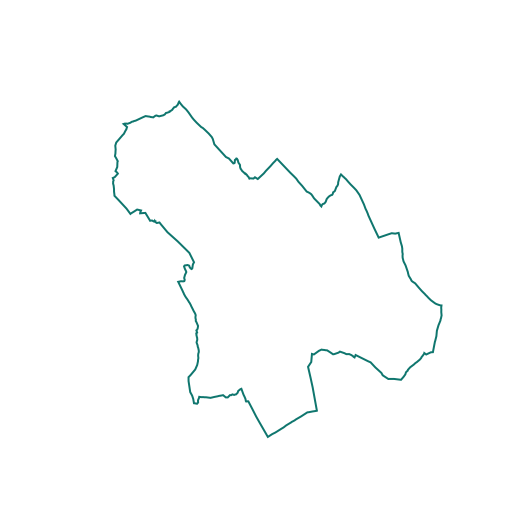 "Evje og Hornnes" nor, Aust-Agder, Norway (Robinson projection), rotated 237°
{"feature_id": "86288312B17252919876128", "entity_name": "\"Evje og Hornnes\" nor", "entity_type": "district", "adm_level": 2, "iso_a3": "NOR", "parent_name": "Norway", "parent_adm1": "Aust-Agder", "projection": "robinson", "projection_center": [7.751, 58.587], "detail": "fine", "context": "isolated", "style": "outline", "palette": "teal", "viewbox_px": 512, "rotation_deg": 237, "n_neighbors": 0, "source": "geoboundaries", "source_scale": "gbopen_adm2", "svg_char_len": 6087}
<svg xmlns="http://www.w3.org/2000/svg" viewBox="0 0 512 512"><g transform="rotate(237 256 256)"><path d="M355.4,284.7L372.3,281.9L377.7,283.5L379.8,283.7L384.7,283.0L385.9,282.7L389.8,281.8L392.4,281.1L393.9,280.3L394.7,280.1L400.2,278.8L404.8,278.0L405.3,278.0L406.8,277.8L413.2,277.6L416.3,277.3L417.5,277.1L421.3,276.1L424.8,275.7L427.3,275.6L427.1,275.1L425.5,272.8L425.1,271.1L424.8,270.3L425.3,268.2L425.2,268.0L424.9,267.2L424.8,266.5L424.4,265.9L424.2,265.2L424.2,264.0L424.1,262.7L424.3,262.4L424.0,262.2L424.0,261.7L424.5,259.7L425.0,258.4L424.4,256.6L424.5,254.9L424.8,254.0L425.9,250.8L428.1,249.0L428.4,248.0L428.3,246.0L428.2,245.4L430.0,243.3L430.7,242.8L431.9,241.4L433.5,239.6L434.0,236.5L435.0,229.1L435.2,228.3L435.6,227.3L435.7,226.2L436.1,225.4L436.2,224.6L436.2,223.1L436.3,222.6L436.9,220.2L437.6,219.5L438.5,218.1L438.8,216.9L434.4,218.1L433.3,216.7L432.8,216.2L432.5,215.5L432.3,215.0L430.4,211.7L430.2,210.7L429.9,209.5L429.6,208.5L427.3,200.6L425.2,198.1L421.6,196.2L421.0,195.7L419.2,194.4L418.5,193.9L416.6,192.1L414.0,192.0L410.8,191.7L410.6,191.3L409.9,190.7L406.2,188.1L403.7,184.4L401.6,185.0L400.3,185.0L399.2,180.9L399.1,180.4L399.4,178.4L397.0,177.8L396.2,176.7L395.4,176.2L394.6,175.6L392.7,175.0L389.5,173.4L387.3,172.0L384.4,170.6L383.6,170.1L378.4,171.1L366.3,173.2L359.7,173.6L359.8,174.3L359.7,178.3L359.7,181.6L356.8,184.4L355.8,182.9L354.9,182.1L352.4,186.7L343.2,186.4L343.1,186.9L342.3,188.2L341.5,188.7L341.3,188.7L340.5,189.4L340.1,189.7L340.5,190.2L340.4,190.2L340.1,190.4L339.9,190.1L339.8,190.3L339.6,190.1L339.4,190.1L339.1,190.2L338.8,190.3L337.7,190.8L336.7,193.3L334.3,193.5L324.2,194.7L310.9,198.3L294.9,201.8L284.5,200.6L283.5,198.8L283.0,198.2L280.3,195.8L280.2,195.6L280.2,194.8L281.3,194.4L282.7,194.3L284.3,194.7L285.7,193.7L286.3,192.3L286.9,191.0L286.5,190.0L284.1,189.4L281.0,189.0L280.4,188.7L279.9,187.9L278.8,186.1L276.7,183.8L274.8,183.2L274.0,182.2L274.1,181.7L274.4,181.1L275.7,179.3L276.7,176.7L266.4,175.4L265.4,175.2L264.2,175.1L263.5,174.9L260.8,174.7L258.9,174.7L257.8,174.8L257.7,174.8L255.4,174.8L253.8,174.7L253.1,174.8L250.5,174.6L248.8,174.3L247.3,174.2L246.9,174.1L245.5,174.0L244.4,173.8L240.9,173.6L239.2,173.2L237.7,171.9L236.6,171.3L235.6,171.0L234.3,170.1L232.8,170.0L231.7,169.8L228.9,169.3L228.0,168.5L227.1,167.7L226.3,166.6L226.1,165.5L224.9,165.2L223.8,164.9L223.7,163.8L223.1,163.6L222.8,163.5L222.7,163.3L222.2,163.0L221.3,162.7L221.0,162.6L220.4,162.3L219.7,162.2L218.0,161.3L217.0,160.4L216.9,160.1L216.2,159.4L215.7,159.0L213.0,158.4L211.5,157.7L210.4,157.5L208.1,156.6L206.7,155.8L205.3,154.2L203.8,153.1L201.8,152.1L200.3,150.7L199.3,150.0L198.3,149.0L196.6,147.3L193.9,143.2L191.8,136.4L191.1,133.4L187.8,131.3L177.7,126.7L173.7,126.4L170.3,125.5L166.3,123.8L165.4,124.9L164.9,125.3L164.2,126.1L164.5,126.8L164.6,127.6L165.8,128.3L166.6,128.8L168.0,130.9L168.8,131.7L167.6,133.0L166.4,134.9L165.7,135.7L164.7,137.2L161.8,140.6L160.4,144.5L159.2,147.5L158.7,149.1L158.3,149.8L158.2,150.2L157.6,151.5L157.3,152.4L157.2,152.6L153.8,153.7L152.8,155.3L153.3,157.6L153.5,158.4L152.8,159.4L152.8,159.8L152.8,160.8L151.4,162.0L151.1,163.3L150.8,163.9L151.3,166.1L152.5,167.6L152.8,170.4L152.6,171.4L146.5,170.0L144.0,169.7L141.8,169.3L139.9,168.5L139.3,168.5L138.7,169.8L138.6,170.1L138.3,170.4L129.8,169.6L121.2,168.7L114.6,168.3L97.8,167.4L97.8,168.3L97.8,172.6L97.4,176.1L97.3,183.0L97.2,185.8L97.5,189.1L97.3,194.9L97.4,195.6L97.2,197.4L97.1,199.0L97.2,200.6L96.9,206.4L96.9,213.9L96.2,215.3L94.8,218.8L93.3,222.1L93.1,222.8L114.8,231.9L123.5,235.2L134.7,239.3L137.0,244.6L143.4,249.6L141.9,250.9L142.2,257.2L141.8,260.0L141.0,260.8L140.0,262.1L139.2,262.9L138.1,264.3L134.5,265.9L131.6,267.1L131.1,268.2L130.0,272.6L130.1,274.3L126.4,277.2L124.5,278.3L124.1,278.9L123.0,280.7L121.2,281.9L119.2,282.8L118.3,282.9L117.3,283.4L117.6,283.8L117.9,284.5L118.7,285.6L106.5,292.8L104.4,294.2L97.6,295.4L89.6,297.5L88.7,297.4L88.2,297.4L87.6,297.3L87.2,297.4L86.9,297.3L80.8,300.0L77.9,304.6L73.2,310.2L74.3,314.0L75.4,316.8L76.2,317.7L76.8,318.5L77.2,320.4L77.2,320.8L77.8,321.4L78.7,324.7L79.0,329.2L79.4,331.4L79.4,333.0L79.9,337.0L80.5,339.0L81.0,339.7L81.5,341.3L82.3,343.4L82.6,344.0L82.9,344.3L80.7,345.1L80.0,350.2L79.0,352.0L86.7,359.4L87.4,360.3L87.9,360.8L90.5,363.6L94.8,367.0L98.5,371.3L101.4,375.5L102.2,376.2L103.1,377.3L105.1,379.3L108.0,380.8L110.2,382.3L111.7,383.1L113.5,384.6L114.0,383.9L114.6,383.4L115.4,382.7L117.5,381.1L118.8,380.4L123.6,378.6L127.1,377.8L129.0,377.5L131.2,377.0L132.1,376.9L136.2,376.0L140.1,375.4L140.8,375.3L146.3,374.6L146.6,374.5L149.3,373.3L150.3,373.0L150.9,373.0L152.1,373.2L156.2,373.3L158.9,374.2L159.8,374.6L166.6,376.3L171.1,376.8L174.6,378.0L176.0,378.8L176.9,379.4L177.7,380.1L179.7,380.9L182.5,382.7L184.7,383.7L188.8,384.9L197.7,388.2L198.9,385.0L201.2,382.2L202.0,379.2L204.6,368.9L214.6,370.2L228.7,372.3L230.7,372.8L233.5,373.3L236.0,373.6L240.4,374.6L250.9,376.1L256.6,375.9L259.9,375.3L264.6,374.3L268.4,373.7L270.9,373.4L272.0,373.2L272.9,372.9L274.5,372.6L274.9,372.4L278.1,371.7L277.1,369.6L273.0,365.0L272.1,364.4L271.4,363.8L270.5,362.4L270.1,361.0L267.6,357.6L267.4,356.3L267.4,355.4L266.3,354.2L265.8,353.2L266.2,351.7L266.2,349.8L265.8,347.9L265.2,346.2L263.5,344.0L263.0,342.6L262.8,341.9L263.1,340.8L263.2,340.1L262.7,338.7L262.0,337.8L263.3,337.5L264.8,337.7L272.2,336.2L273.0,336.1L276.0,336.1L277.7,336.0L279.5,335.3L280.7,334.7L282.4,333.6L289.7,332.9L295.2,332.0L298.9,331.9L302.4,331.2L307.2,330.1L325.9,326.6L325.7,325.2L325.3,324.1L324.6,320.9L323.5,317.1L322.0,310.7L321.0,307.5L319.6,299.4L322.6,298.0L322.3,296.1L324.4,293.3L324.5,292.6L326.7,292.8L327.4,292.5L329.1,292.5L330.8,292.1L330.7,291.7L333.0,291.2L334.8,290.7L335.9,290.7L337.2,290.7L337.5,290.6L338.7,290.9L339.7,291.3L340.2,291.7L340.7,291.9L341.3,292.2L343.9,292.1L346.3,292.9L346.8,293.0L347.3,292.9L347.7,293.0L348.0,293.0L348.3,292.8L348.5,292.6L348.4,292.3L348.1,292.0L347.9,291.5L348.1,290.8L348.0,290.6L345.8,288.9L345.7,288.7L345.7,288.2L345.9,287.7L346.0,287.4L352.5,286.4L355.4,284.7Z" fill="none" stroke="#0f766e" stroke-width="2"/></g></svg>